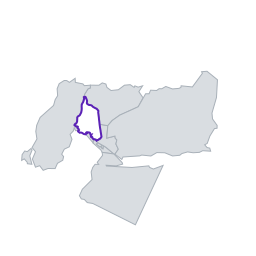 map of Syria with Israel, Lebanon, Palestine and 5 others greyed out, rotated 295°
{"feature_id": "SYR", "entity_name": "Syria", "entity_type": "country or territory", "adm_level": 0, "iso_a3": "SYR", "parent_name": "Asia", "parent_adm1": "", "projection": "natural_earth1", "projection_center": [38.0, 34.807], "detail": "fine", "context": "with_neighbors", "style": "outline", "palette": "violet", "viewbox_px": 256, "rotation_deg": 295, "n_neighbors": 8, "source": "natural_earth", "source_scale": "50m", "svg_char_len": 4975}
<svg xmlns="http://www.w3.org/2000/svg" viewBox="0 0 256 256"><g transform="rotate(295 128 128)"><path d="M103.5,101.3L102.0,107.2L100.1,106.2L98.9,110.6L100.3,111.4L98.9,112.3L98.6,114.0L101.2,113.1L101.3,115.7L98.5,126.2L95.0,114.9L96.6,112.7L99.6,102.6L103.5,101.3Z" fill="#d9dde1" stroke="#a8b0b8" stroke-width="1"/><path d="M103.5,101.3L99.8,102.6L104.5,92.3L106.9,92.7L107.8,95.3L104.8,97.7L103.5,101.3Z" fill="#d9dde1" stroke="#a8b0b8" stroke-width="1"/><path d="M101.2,113.1L98.6,114.0L98.9,112.3L100.3,111.4L98.9,110.6L100.1,106.2L102.0,107.2L101.2,113.1Z" fill="#d9dde1" stroke="#a8b0b8" stroke-width="1"/><path d="M102.0,107.2L102.9,105.1L108.9,107.7L119.4,100.7L121.6,108.7L109.8,113.0L115.2,119.6L113.4,120.7L112.5,122.9L108.4,123.8L104.7,128.2L98.7,127.2L98.5,126.2L101.3,115.7L102.0,107.2Z" fill="#d9dde1" stroke="#a8b0b8" stroke-width="1"/><path d="M121.6,108.7L119.4,100.7L131.2,93.8L133.1,85.9L132.6,81.1L135.5,79.5L138.1,75.4L140.4,74.4L146.5,75.2L148.4,76.9L150.9,75.8L154.5,83.6L158.0,85.6L158.5,89.4L155.9,91.7L154.8,96.8L158.6,103.1L165.3,106.7L168.2,111.7L167.4,116.4L169.1,116.4L169.3,119.9L172.4,123.4L165.5,122.5L161.7,128.9L151.6,128.3L136.2,115.1L128.1,110.5L121.6,108.7Z" fill="#d9dde1" stroke="#a8b0b8" stroke-width="1"/><path d="M150.9,75.8L148.4,76.9L146.5,75.2L140.4,74.4L129.3,76.3L123.2,78.7L118.9,78.8L116.1,77.5L110.2,79.4L108.5,78.1L108.2,81.7L105.4,84.6L103.4,81.6L105.5,79.2L102.2,79.7L97.8,78.2L94.1,82.0L86.1,82.7L81.9,79.2L76.2,79.0L74.9,81.7L71.2,82.5L66.2,79.0L60.4,79.1L57.5,72.6L53.8,69.0L56.5,63.9L53.4,60.7L59.4,54.5L67.4,54.2L69.8,49.3L79.6,50.1L85.9,45.9L92.0,44.1L100.5,43.9L117.0,51.0L123.0,50.0L127.5,50.6L133.6,47.2L139.1,46.9L144.1,50.1L145.1,52.4L144.6,55.6L150.7,59.1L147.1,61.0L148.9,68.5L147.9,70.5L150.9,75.8ZM53.7,45.3L59.1,43.3L63.5,44.1L64.0,46.7L68.5,48.8L67.5,50.4L61.3,50.7L54.5,56.2L53.1,51.9L54.4,51.1L56.2,47.0L53.7,45.3Z" fill="#d9dde1" stroke="#a8b0b8" stroke-width="1"/><path d="M98.7,127.2L104.7,128.2L108.4,123.8L112.5,122.9L113.4,120.7L115.2,119.6L109.8,113.0L121.6,108.7L128.1,110.5L136.2,115.1L151.6,128.3L166.5,129.5L167.9,132.6L171.8,132.5L174.1,138.1L176.8,139.6L177.8,142.0L181.6,144.7L182.2,151.8L185.5,157.5L187.2,158.8L188.7,158.3L192.4,169.0L209.0,172.3L210.1,170.9L212.8,175.6L209.5,188.7L193.0,195.3L177.0,197.8L171.9,200.8L168.0,207.7L165.4,208.8L164.0,206.6L155.4,205.6L147.5,206.3L145.2,204.6L143.7,207.9L144.3,210.6L141.9,212.7L139.0,205.3L136.1,203.0L133.1,197.5L131.5,192.1L127.6,187.6L125.2,186.5L121.5,180.2L121.1,171.8L117.9,164.5L112.3,160.6L109.3,151.9L107.7,150.4L99.6,135.7L96.9,135.7L98.7,127.2Z" fill="#d9dde1" stroke="#a8b0b8" stroke-width="1"/><path d="M108.9,175.6L43.4,175.6L44.7,127.9L43.2,122.6L44.8,118.6L44.0,115.7L46.1,112.6L53.2,112.5L66.1,117.2L72.6,113.2L77.4,112.7L81.2,113.5L82.6,116.8L83.9,114.6L92.4,116.5L95.0,114.9L98.5,126.2L94.2,137.3L93.0,138.4L88.7,133.3L85.0,123.9L84.4,124.5L93.9,148.3L102.5,162.9L101.4,164.1L101.5,168.3L108.9,175.6Z" fill="#d9dde1" stroke="#a8b0b8" stroke-width="1"/><path d="M104.0,84.0L104.4,84.0L105.2,84.5L105.4,84.5L105.6,83.9L105.9,83.6L106.4,83.4L106.6,82.3L106.8,82.1L107.1,82.0L107.6,82.0L108.0,81.9L108.0,81.7L107.4,80.4L107.5,80.1L107.8,78.8L107.9,78.3L108.1,78.2L108.7,78.2L109.6,78.5L109.8,78.8L110.2,79.2L110.9,79.1L111.6,79.2L112.2,79.2L112.7,79.0L113.7,78.6L114.2,78.4L114.7,78.2L116.2,77.5L116.8,77.6L117.2,77.7L117.5,77.8L118.2,78.3L118.8,78.7L119.2,78.9L120.0,78.9L121.0,79.0L122.4,79.0L123.1,78.8L124.1,78.6L125.8,78.0L128.1,76.8L129.5,76.2L130.0,76.2L130.8,76.2L131.6,76.3L132.4,76.4L132.8,76.4L133.7,76.3L134.9,76.1L135.7,75.9L136.6,75.5L137.2,75.0L137.3,74.9L137.6,75.0L137.9,75.4L138.2,76.2L138.2,76.3L138.1,76.5L137.6,77.1L136.8,78.0L136.2,78.6L135.2,79.5L134.5,79.7L133.3,80.1L132.9,80.4L132.6,80.9L132.5,81.7L132.4,82.1L132.4,83.0L132.7,83.8L133.0,84.7L133.0,85.3L133.0,85.8L132.7,86.4L132.4,87.2L132.3,88.1L132.2,89.8L132.2,91.3L132.2,91.5L131.7,92.6L131.1,93.8L130.8,94.0L129.5,94.4L128.1,95.3L126.5,96.3L125.1,97.2L123.5,98.1L122.0,99.1L120.8,99.8L119.3,100.7L117.9,101.6L116.5,102.5L115.5,103.2L113.9,104.3L112.9,104.9L111.5,105.9L110.3,106.7L108.8,107.7L107.0,107.4L106.4,107.2L106.0,106.7L105.6,106.5L104.8,106.2L104.2,105.4L103.9,105.1L103.3,104.9L103.6,104.4L103.6,104.0L103.9,103.5L103.7,103.2L103.6,102.6L103.5,102.3L103.6,102.1L103.5,101.9L103.4,101.8L103.4,101.5L103.3,101.3L103.4,101.0L103.5,100.8L103.6,100.4L103.8,100.3L104.0,100.1L104.1,99.9L104.3,99.6L104.6,99.5L104.7,99.3L104.6,99.2L104.3,99.1L104.2,98.8L104.3,98.3L104.4,98.2L104.6,98.0L105.0,97.7L105.3,97.6L105.6,97.6L106.0,97.7L106.4,97.7L106.0,97.3L106.0,97.1L106.1,96.9L106.4,96.5L106.8,96.3L106.9,96.2L107.4,95.7L107.6,95.1L107.2,93.7L106.9,93.5L106.5,93.3L106.3,93.3L106.3,93.2L106.6,92.9L106.8,92.6L106.6,92.3L106.1,92.1L105.9,92.4L105.3,92.5L104.4,92.4L104.0,91.0L103.9,90.3L104.0,89.6L104.2,88.5L104.1,88.0L104.1,87.7L104.0,87.2L103.3,86.3L103.7,84.4L104.0,84.0Z" fill="none" stroke="#5b21b6" stroke-width="2"/></g></svg>